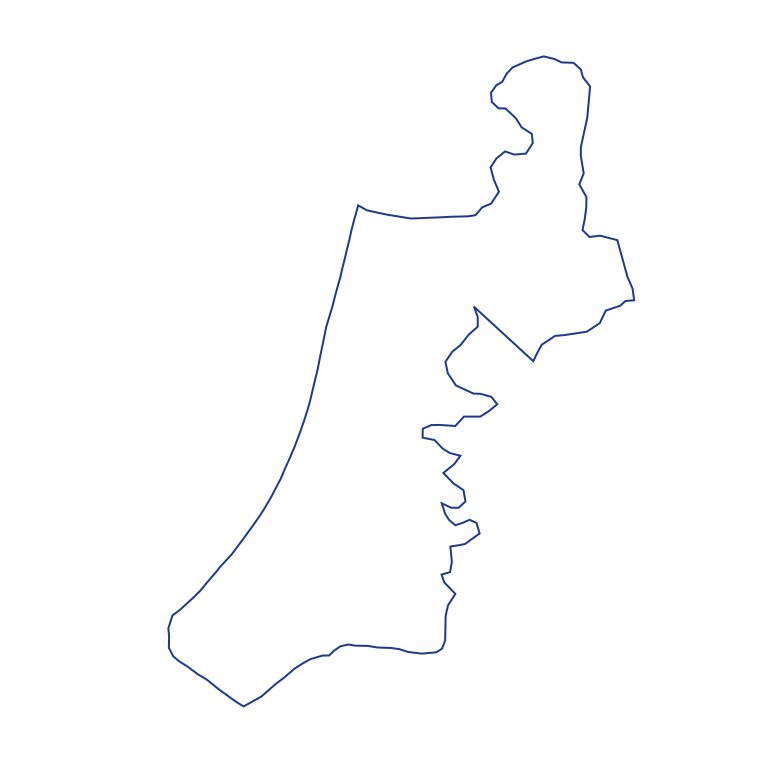 Pontal do Paraná, Paraná, Brazil (Robinson projection), rotated 165°
{"feature_id": "56859067B46066648065560", "entity_name": "Pontal do Paraná", "entity_type": "district", "adm_level": 2, "iso_a3": "BRA", "parent_name": "Brazil", "parent_adm1": "Paraná", "projection": "robinson", "projection_center": [-48.483, -25.647], "detail": "fine", "context": "isolated", "style": "outline", "palette": "blue", "viewbox_px": 768, "rotation_deg": 165, "n_neighbors": 0, "source": "geoboundaries", "source_scale": "gbopen_adm2", "svg_char_len": 2446}
<svg xmlns="http://www.w3.org/2000/svg" viewBox="0 0 768 768"><g transform="rotate(165 384 384)"><path d="M362.7,563.2L372.4,546.7L376.3,539.7L380.6,531.4L385.3,522.9L389.6,514.9L394.0,507.1L398.0,499.4L402.2,492.4L409.4,480.1L413.7,472.3L418.5,464.6L425.2,453.8L431.4,441.2L438.2,427.9L444.0,415.9L449.0,406.8L455.1,395.5L459.4,387.5L464.4,379.0L471.6,367.9L478.5,357.8L486.4,346.8L494.3,336.7L500.7,328.9L508.3,319.2L514.5,312.5L522.1,304.2L532.0,294.4L537.9,289.0L547.8,280.7L561.3,269.8L575.3,258.8L589.3,250.0L595.5,245.4L607.7,237.1L614.8,232.0L622.0,227.8L631.7,222.7L639.7,218.6L648.2,215.2L655.5,203.9L656.9,195.9L660.1,184.7L658.0,175.5L653.7,169.2L647.0,162.0L638.7,151.5L631.8,144.5L622.9,132.2L609.4,115.6L603.1,108.9L583.5,113.8L566.2,122.3L557.0,126.0L544.1,132.2L534.6,135.2L526.3,137.3L513.8,137.6L507.2,136.0L501.2,139.4L494.0,141.9L485.8,141.6L479.2,138.6L467.4,135.2L458.3,131.1L445.8,127.3L437.8,123.9L430.0,118.9L417.4,113.8L402.9,111.3L396.5,113.3L391.4,120.2L384.6,143.7L379.5,153.6L369.4,162.8L377.1,176.7L377.7,185.0L368.9,185.2L364.5,194.6L362.0,209.8L354.4,209.0L347.2,208.5L340.4,211.1L330.3,214.9L330.6,225.8L336.5,230.7L343.2,229.6L351.6,229.1L356.3,235.8L358.6,243.0L359.1,253.8L351.2,247.1L343.9,245.1L335.7,249.5L334.7,260.9L342.5,269.8L349.7,282.7L336.8,288.5L328.8,294.9L338.3,300.3L343.9,306.2L349.7,316.8L360.6,322.2L358.1,330.8L349.0,332.1L340.7,330.0L326.0,325.0L315.2,331.8L299.4,327.6L289.4,330.8L279.9,335.1L283.5,343.6L293.2,349.5L300.1,351.6L314.9,364.0L319.6,377.9L318.9,389.6L309.7,397.5L300.2,401.7L289.0,410.0L278.6,415.1L276.1,424.7L277.1,435.4L233.9,367.4L228.2,374.1L221.5,381.1L206.3,386.2L197.4,384.6L174.5,382.0L159.8,387.0L150.8,397.5L135.4,398.5L129.3,401.7L120.7,400.1L119.2,411.8L121.1,424.4L121.4,462.6L136.8,471.3L147.6,472.9L152.4,481.4L147.4,491.4L143.0,502.0L140.1,512.0L143.7,526.3L136.6,535.8L134.8,553.6L132.5,561.9L118.7,588.7L107.9,618.1L112.4,628.6L112.5,636.9L117.8,645.2L129.3,648.7L135.1,653.7L144.9,659.1L153.8,659.1L163.2,658.8L177.9,656.5L185.1,652.1L191.5,645.4L198.0,643.6L205.2,637.7L206.9,628.6L202.0,620.6L195.4,618.8L187.9,606.7L184.6,596.2L176.5,587.4L177.9,578.3L187.2,569.8L198.8,571.9L206.9,577.3L217.1,572.7L225.0,565.7L225.0,553.1L223.2,540.0L234.0,530.4L243.3,529.3L251.9,523.4L259.4,524.2L276.4,528.3L282.8,529.6L314.9,536.8L322.1,540.0L328.8,543.0L336.4,546.4L346.5,551.5L355.4,556.1L362.7,563.2Z" fill="none" stroke="#1e3a8a" stroke-width="2"/></g></svg>